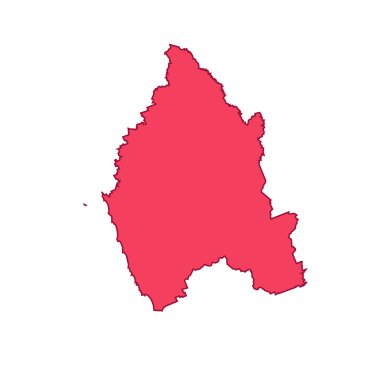 outline of Clarence Valley, New South Wales, Australia, rotated 149°
{"feature_id": "25037944B11916296746250", "entity_name": "Clarence Valley", "entity_type": "district", "adm_level": 2, "iso_a3": "AUS", "parent_name": "Australia", "parent_adm1": "New South Wales", "projection": "robinson", "projection_center": [152.635, -29.694], "detail": "fine", "context": "isolated", "style": "filled", "palette": "rose", "viewbox_px": 384, "rotation_deg": 149, "n_neighbors": 0, "source": "geoboundaries", "source_scale": "gbopen_adm2", "svg_char_len": 6089}
<svg xmlns="http://www.w3.org/2000/svg" viewBox="0 0 384 384"><g transform="rotate(149 192 192)"><path d="M135.1,329.7L135.5,327.3L136.7,326.2L138.4,326.3L139.2,325.5L141.0,325.3L143.2,325.5L144.2,324.4L143.0,324.2L142.6,317.9L142.9,316.1L143.8,315.7L143.5,313.3L145.6,314.1L147.7,311.0L150.8,309.3L151.4,307.3L152.0,307.3L151.9,305.7L152.8,306.2L153.7,305.7L154.8,303.6L155.5,303.5L154.7,302.9L155.5,302.1L155.9,299.9L154.9,299.1L156.3,296.7L156.0,295.9L157.1,295.6L156.5,294.5L158.5,296.6L160.6,295.9L163.2,298.1L164.5,297.5L165.4,299.1L167.1,299.5L168.9,297.8L169.5,298.1L169.0,298.6L170.2,299.2L170.6,298.1L171.7,298.6L173.0,297.9L174.2,295.5L178.5,292.6L177.8,291.6L177.9,290.2L180.0,288.9L178.3,287.7L177.7,286.0L187.0,287.5L186.9,285.9L187.7,285.6L187.7,284.4L195.5,286.1L195.6,285.4L194.8,284.9L195.9,282.9L194.9,282.5L195.0,280.9L194.3,279.7L196.3,278.1L195.7,277.3L196.4,276.4L196.3,274.0L198.9,274.9L198.1,276.5L198.5,277.2L199.6,277.5L200.5,276.8L204.2,278.2L205.8,276.7L205.7,275.5L206.8,275.4L206.6,274.6L208.3,274.2L209.1,275.6L212.2,277.4L213.9,279.4L216.6,273.6L222.9,274.8L223.4,271.4L222.7,270.2L221.7,270.0L222.2,266.7L226.3,267.5L226.2,268.4L226.9,268.5L227.0,267.9L230.0,268.4L230.0,266.6L233.4,267.1L232.9,266.7L233.2,264.2L235.4,263.1L235.8,260.9L234.3,258.5L236.0,258.8L237.4,256.6L240.7,257.1L240.4,258.8L241.8,259.0L242.2,256.1L243.8,255.9L244.2,253.4L243.3,253.7L243.4,253.0L241.9,252.7L242.4,249.3L243.5,249.9L244.8,249.4L245.1,247.5L246.7,247.0L246.9,245.6L250.5,246.4L250.5,242.1L249.1,241.4L249.4,239.2L247.9,239.1L248.8,237.7L251.8,238.1L252.2,235.1L253.1,236.8L256.6,233.5L260.9,234.2L260.8,232.6L263.7,232.7L264.3,230.7L265.1,230.5L265.7,230.6L265.8,232.3L266.7,233.3L266.5,234.2L268.6,234.6L269.4,238.7L269.3,236.9L271.2,234.3L271.1,231.8L271.9,229.8L271.0,229.6L270.4,228.3L270.4,224.4L272.8,218.5L274.7,216.8L273.6,213.1L273.7,211.7L276.3,207.2L275.2,206.4L275.3,204.6L274.4,203.7L274.8,201.1L276.5,196.0L278.8,191.9L280.5,190.4L281.1,188.2L280.6,187.5L279.5,187.6L279.0,185.7L280.0,180.3L282.6,175.6L281.3,175.0L280.9,171.5L283.7,162.6L285.8,159.9L285.0,159.0L285.9,155.9L285.2,154.3L286.0,152.3L286.8,152.0L285.5,150.7L285.1,148.7L286.4,144.6L287.5,143.7L286.2,142.8L286.1,141.8L287.3,141.5L287.5,140.8L286.0,140.1L286.6,136.9L287.7,135.3L286.8,134.1L287.5,133.2L287.1,131.6L288.1,129.5L286.6,129.2L285.9,127.6L285.4,128.4L284.0,127.5L282.7,124.9L282.3,120.9L283.2,115.4L285.4,110.1L278.6,105.5L277.4,106.9L273.9,107.8L260.8,106.0L260.7,110.1L256.5,109.4L256.7,108.0L254.1,107.6L254.3,106.7L250.4,106.1L249.8,109.7L251.0,109.9L250.6,113.6L245.3,112.1L244.1,119.6L243.6,120.3L241.4,120.5L240.4,119.4L238.4,121.4L235.9,121.7L230.7,125.2L228.9,123.0L227.3,123.1L226.5,122.3L224.1,122.1L218.8,123.2L217.5,122.8L217.5,121.8L215.4,119.8L213.5,119.1L210.8,121.1L208.3,119.1L206.6,118.8L204.3,119.3L204.3,120.1L202.8,121.4L201.7,121.2L200.6,119.8L197.1,120.3L196.5,116.9L199.0,112.2L196.4,104.8L195.0,104.4L194.5,102.7L190.8,101.7L190.8,98.6L189.1,98.2L187.7,96.1L185.0,96.5L182.4,95.9L181.8,94.6L182.7,93.6L182.2,92.9L182.9,90.5L184.1,88.6L183.9,86.2L184.5,84.5L185.3,84.0L186.7,81.0L188.2,80.2L188.4,77.2L187.5,76.0L185.9,74.4L184.4,75.4L182.2,75.1L180.0,69.7L177.3,66.7L177.2,64.3L172.7,63.8L173.2,60.9L170.2,61.0L170.2,60.4L151.9,56.9L151.4,57.8L147.9,56.3L148.1,54.9L144.4,54.3L144.7,55.6L142.8,54.8L140.5,55.4L140.8,56.1L142.2,56.2L142.7,58.2L140.7,58.5L140.9,59.7L142.0,60.9L140.9,61.5L139.3,63.9L139.1,64.7L140.1,66.0L137.8,65.4L134.2,67.0L137.5,67.6L137.0,70.1L135.3,72.3L135.4,73.7L133.5,75.4L133.8,76.0L139.3,76.9L137.6,87.4L133.3,88.9L132.6,90.6L133.5,92.1L133.2,92.7L134.5,93.9L131.3,100.1L132.7,103.5L129.4,105.9L128.4,105.6L127.3,106.6L124.8,106.8L123.6,107.6L122.6,107.3L120.3,110.1L118.0,111.3L117.7,112.7L115.3,113.8L116.6,116.7L115.7,118.0L114.3,117.9L114.0,118.4L115.5,121.0L119.3,122.5L120.1,123.4L120.2,124.3L119.4,125.0L138.9,128.3L138.0,128.6L137.0,131.4L136.0,131.9L135.6,134.6L134.6,134.7L133.7,135.7L131.8,135.7L131.1,142.3L130.0,142.1L129.6,144.8L128.6,144.6L132.5,156.3L131.3,158.2L128.8,159.2L128.4,160.3L123.9,162.6L123.1,163.7L120.2,181.8L118.6,183.1L118.5,184.6L116.3,183.8L116.2,186.3L115.2,185.8L114.9,186.9L113.4,187.2L112.6,188.5L111.3,186.5L110.5,189.7L108.1,192.8L109.6,194.4L108.2,195.4L108.8,198.3L107.1,199.6L108.6,202.7L107.8,204.1L106.9,203.1L105.9,203.8L103.0,203.5L102.5,204.7L100.4,204.9L99.1,206.8L98.7,209.5L96.7,209.9L96.6,211.4L97.3,212.1L96.3,212.0L96.0,212.5L97.1,213.3L95.0,213.3L94.4,215.3L93.4,216.2L94.3,216.3L94.1,217.1L94.6,217.1L94.3,218.9L93.4,219.8L94.6,221.1L93.9,221.1L93.1,222.2L93.1,225.3L97.0,226.6L97.9,226.5L98.2,225.1L99.5,224.6L100.5,225.6L101.8,225.8L103.7,224.2L106.5,224.4L109.3,221.1L110.1,220.9L110.5,222.2L111.4,222.8L110.6,224.3L112.4,226.0L111.3,226.9L112.0,228.4L111.3,231.1L112.0,232.6L109.4,233.4L110.9,234.5L109.2,235.5L109.2,236.5L110.9,235.1L111.7,235.8L109.5,237.2L109.9,240.9L110.3,242.6L111.5,243.5L112.3,243.3L112.7,245.4L115.7,246.3L114.5,247.3L115.7,247.6L115.7,249.0L117.0,250.2L117.1,251.2L116.5,252.8L116.8,256.6L113.5,257.8L114.3,258.9L113.2,259.9L114.4,260.9L113.1,262.1L114.4,263.6L113.2,263.6L113.7,264.3L113.1,264.8L113.4,266.3L111.1,266.8L111.9,268.0L111.1,269.0L113.2,271.3L113.2,272.3L113.7,271.7L114.1,272.3L114.8,275.1L113.8,275.3L113.9,276.3L115.2,276.8L114.0,278.1L114.9,277.6L116.0,278.2L115.2,280.8L115.9,280.1L117.1,280.8L115.9,280.7L115.5,281.9L116.2,283.1L114.9,284.1L116.0,284.5L116.6,283.9L117.2,284.7L116.4,285.1L116.8,285.7L116.2,286.2L116.6,286.7L115.9,287.3L116.1,288.3L117.0,288.5L116.9,289.8L117.5,289.4L117.4,290.0L118.4,290.0L118.6,291.4L119.2,291.2L119.5,292.0L120.5,291.6L120.7,292.9L121.6,293.2L121.5,293.7L122.5,294.8L120.9,297.1L120.4,299.2L121.2,301.2L120.8,303.7L121.6,305.2L122.4,305.5L121.2,309.2L121.6,310.0L121.3,311.7L122.0,312.0L121.7,313.2L122.7,313.5L122.4,314.6L123.3,314.8L122.8,317.6L125.0,317.4L124.8,318.7L127.6,319.0L128.9,321.3L128.5,322.9L135.1,329.7ZM289.9,235.5L290.5,236.4L290.5,235.7L289.9,235.5ZM290.5,236.5L290.9,237.3L290.6,236.3L290.5,236.5Z" fill="#f43f5e" stroke="#9f1239" stroke-width="1.5"/></g></svg>